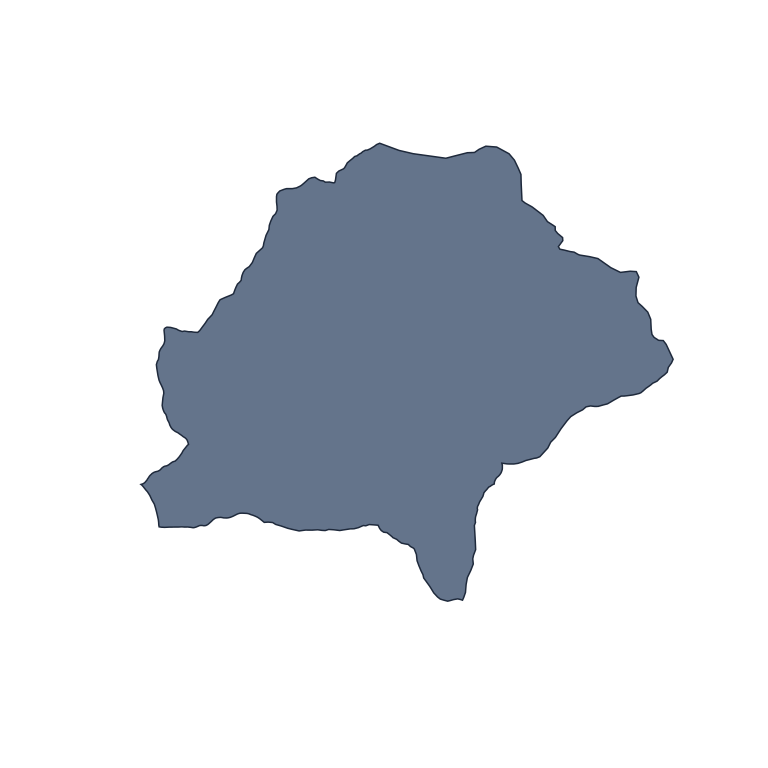 Metsho, Lhuntshi, Bhutan, rotated 138°
{"feature_id": "84629894B9266041490873", "entity_name": "Metsho", "entity_type": "district", "adm_level": 2, "iso_a3": "BTN", "parent_name": "Bhutan", "parent_adm1": "Lhuntshi", "projection": "albers", "projection_center": [91.092, 27.547], "detail": "fine", "context": "isolated", "style": "filled", "palette": "slate", "viewbox_px": 768, "rotation_deg": 138, "n_neighbors": 0, "source": "geoboundaries", "source_scale": "gbopen_adm2", "svg_char_len": 5883}
<svg xmlns="http://www.w3.org/2000/svg" viewBox="0 0 768 768"><g transform="rotate(138 384 384)"><path d="M152.6,208.9L147.8,224.6L147.4,229.4L150.7,232.7L152.1,237.9L151.7,241.5L148.8,245.9L142.5,253.6L139.9,260.9L140.2,268.7L140.8,274.5L137.9,280.8L132.0,287.0L123.1,292.8L121.3,298.7L125.6,303.1L133.6,308.7L137.6,318.7L141.1,334.1L146.1,341.2L152.3,348.9L153.1,350.5L154.5,354.8L157.0,357.8L160.5,363.0L163.1,366.5L162.5,369.4L155.2,370.9L153.3,373.3L154.2,379.7L154.0,383.5L151.5,386.4L153.9,395.3L152.9,402.8L155.4,416.3L158.0,424.0L158.7,428.0L147.9,441.2L142.0,448.1L139.8,454.6L137.3,463.1L137.0,471.4L141.7,484.7L149.2,492.6L156.3,494.8L161.8,495.5L167.3,500.1L179.1,506.3L187.0,510.4L194.8,519.7L208.2,535.6L216.5,547.5L226.1,565.8L229.3,566.9L232.1,567.1L236.9,568.0L239.9,569.0L241.4,570.2L244.3,570.9L246.5,570.9L247.9,571.3L250.1,571.6L251.2,571.6L253.6,572.7L256.3,572.6L260.3,572.8L263.3,572.9L265.5,572.1L268.6,571.1L270.1,571.0L275.1,572.5L278.4,572.4L279.7,571.3L282.1,569.3L283.4,568.2L284.9,567.2L285.9,566.7L286.8,567.1L288.0,568.7L289.4,570.6L291.0,571.9L292.6,573.3L293.2,575.5L295.2,577.9L296.2,580.8L297.0,583.9L298.4,584.8L299.8,585.7L302.6,586.8L304.6,586.8L309.2,586.8L312.3,586.9L313.7,587.1L317.8,588.3L321.5,590.6L325.7,594.4L327.9,595.5L330.5,596.5L332.3,597.2L334.8,597.0L336.6,596.7L338.5,595.2L342.1,591.2L344.5,587.8L347.1,584.7L350.6,583.1L354.3,582.9L359.2,580.8L363.0,578.7L366.2,575.8L372.2,573.4L378.8,569.3L381.2,567.4L383.1,566.5L385.7,566.5L388.4,566.5L391.5,566.5L395.9,564.6L400.5,562.4L405.6,561.4L408.3,561.8L410.8,562.0L413.9,561.2L417.0,559.6L419.1,558.1L420.8,556.6L423.4,556.3L426.0,556.3L429.2,555.0L431.9,553.7L435.4,551.8L437.8,552.3L441.1,553.5L444.1,554.6L448.1,555.9L449.6,556.3L452.7,555.4L457.8,553.4L461.8,551.9L465.3,550.5L468.7,550.2L471.7,550.0L476.3,548.8L479.9,548.1L485.2,547.0L487.9,547.0L490.5,549.6L492.1,551.6L494.1,553.4L496.8,556.8L498.9,558.1L500.7,561.4L501.5,563.9L504.7,568.8L507.3,571.5L508.9,572.0L510.5,571.9L511.6,571.0L514.9,566.5L518.0,562.8L520.4,561.2L522.7,560.4L526.0,559.7L527.7,559.1L529.6,558.2L531.2,556.7L532.9,555.0L535.3,553.1L537.3,552.5L540.2,550.7L542.2,547.9L546.4,541.4L548.6,537.4L549.5,534.9L550.1,532.7L551.1,529.4L552.3,526.5L553.9,524.4L557.5,521.7L563.2,516.5L564.6,514.2L565.3,512.7L565.9,511.1L566.4,509.4L566.3,508.5L566.5,507.1L567.0,506.1L567.3,505.2L567.8,504.4L568.4,503.2L568.8,502.3L569.1,501.2L569.5,499.5L569.8,498.6L570.2,497.8L570.7,496.7L571.0,495.5L571.3,494.4L571.5,492.7L571.4,491.2L571.1,489.7L570.9,488.5L570.2,486.8L569.7,485.5L569.4,483.8L569.1,482.6L568.7,480.8L568.5,479.4L568.1,478.0L567.8,476.9L567.7,476.0L567.8,474.3L568.3,472.9L568.7,471.9L569.7,469.9L571.1,470.0L574.7,469.4L577.8,468.9L580.5,467.9L584.9,466.9L588.2,466.5L589.6,466.5L590.6,466.4L591.7,466.9L593.4,467.6L595.8,467.9L597.9,468.0L599.2,468.3L600.2,468.6L601.9,469.6L603.1,470.0L605.0,470.2L606.1,470.1L607.3,470.0L608.4,470.0L610.2,470.4L612.8,471.8L614.1,472.3L615.1,472.5L616.5,472.7L617.4,472.6L618.9,472.6L620.3,472.4L621.6,472.0L623.4,471.6L624.5,471.2L626.2,471.0L627.6,470.8L628.8,470.9L630.1,471.2L631.8,472.0L631.6,470.9L631.6,468.9L631.9,464.6L631.9,462.2L632.6,457.9L634.1,453.1L635.0,448.6L636.7,444.9L638.7,441.0L640.4,437.9L642.5,434.2L643.9,432.2L645.8,429.8L646.7,428.3L646.1,427.6L645.3,426.6L644.1,425.4L642.9,424.2L640.8,422.5L639.3,421.3L637.4,419.6L634.5,417.1L632.4,415.2L629.8,413.1L628.1,411.3L625.6,409.1L623.7,407.0L622.0,404.9L621.0,404.2L619.3,403.4L617.6,402.8L616.0,402.3L614.9,401.6L613.8,400.6L612.9,399.4L612.0,398.6L611.0,398.0L609.2,397.5L607.7,397.4L604.8,397.4L601.4,397.5L600.3,397.3L599.4,397.2L598.5,396.9L596.7,395.8L594.5,394.1L593.8,393.2L592.5,391.5L590.2,389.4L589.0,388.6L587.3,387.7L584.8,386.8L583.0,386.3L581.5,385.9L579.7,385.4L577.6,384.4L575.8,382.9L574.7,381.8L572.4,379.5L571.5,378.3L571.0,377.4L570.2,375.7L569.4,374.5L568.7,373.1L567.9,371.4L567.2,369.7L566.9,368.7L566.5,367.0L566.0,364.0L565.6,361.3L562.5,358.9L559.4,355.5L558.5,352.2L555.4,347.2L552.1,341.2L549.6,337.5L545.4,331.6L540.1,328.0L535.2,323.5L530.8,320.0L528.1,316.8L525.7,314.4L522.4,312.9L518.8,309.2L514.9,304.7L511.6,302.6L506.0,298.9L503.2,296.5L499.2,294.4L494.1,292.7L492.4,290.8L489.1,289.5L485.9,286.2L482.9,283.0L483.9,279.5L484.1,276.9L483.4,274.1L481.2,271.5L480.2,265.2L480.2,263.9L478.5,260.0L478.2,257.3L477.5,254.1L475.3,251.0L473.3,248.5L473.1,245.6L471.9,242.2L471.9,241.1L474.0,235.6L477.7,230.5L479.7,225.5L481.6,220.0L482.6,216.3L484.3,213.3L485.0,206.7L485.4,203.0L486.8,195.4L486.7,189.9L486.1,186.5L484.1,183.2L482.0,180.0L479.6,178.7L476.5,177.2L473.0,175.0L471.4,172.7L470.3,170.8L467.6,172.0L462.9,174.6L457.2,180.0L451.5,184.4L444.2,187.4L438.1,190.5L435.0,194.7L432.1,196.8L426.7,199.6L421.5,205.9L416.2,212.5L411.5,218.4L408.5,220.0L408.0,220.9L407.0,222.0L405.6,223.4L404.4,224.3L401.8,225.8L400.8,226.5L399.4,227.4L398.6,227.9L397.9,229.2L396.4,230.4L394.3,231.2L392.7,232.0L391.9,232.4L389.6,233.1L388.3,233.5L385.7,234.3L384.6,235.0L383.7,235.5L382.6,236.3L380.0,236.7L378.3,236.8L376.0,237.2L375.1,237.3L373.7,236.9L371.8,236.7L370.0,236.3L369.0,235.9L367.5,237.3L365.9,238.1L364.0,238.8L362.6,239.0L360.6,238.9L358.6,239.1L356.6,239.6L355.5,240.1L354.6,240.6L353.4,241.3L352.5,242.1L351.5,243.2L350.4,244.4L349.4,246.3L346.1,242.4L344.8,241.1L340.9,237.6L337.6,235.4L333.6,233.6L329.7,232.2L326.1,230.3L322.2,228.3L320.1,226.9L316.9,225.7L305.2,226.8L299.1,229.2L292.4,229.6L282.4,232.3L272.5,234.2L267.0,234.8L259.9,233.6L253.7,231.9L249.1,231.8L245.2,229.5L242.5,226.4L239.9,224.1L235.2,221.8L231.2,219.7L224.2,218.3L218.9,217.1L215.8,216.3L213.8,214.5L211.0,212.5L206.2,209.2L200.7,206.2L198.8,205.6L195.4,205.5L192.0,205.5L188.3,205.0L185.9,204.8L183.9,204.8L179.2,203.4L175.7,203.6L172.6,203.5L169.4,203.2L165.6,203.3L161.6,206.1L156.2,207.3L152.6,208.9Z" fill="#64748b" stroke="#1e293b" stroke-width="1.5"/></g></svg>